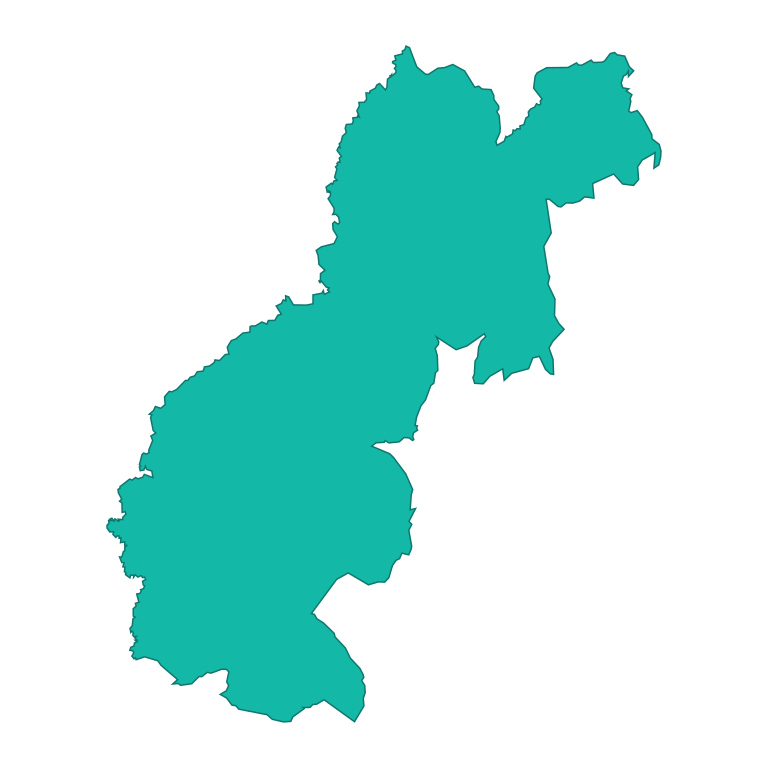 Birim North, Eastern, Ghana (Robinson projection)
{"feature_id": "2480657B81401264659986", "entity_name": "Birim North", "entity_type": "district", "adm_level": 2, "iso_a3": "GHA", "parent_name": "Ghana", "parent_adm1": "Eastern", "projection": "robinson", "projection_center": [-0.982, 6.368], "detail": "fine", "context": "isolated", "style": "filled", "palette": "teal", "viewbox_px": 768, "rotation_deg": 0, "n_neighbors": 0, "source": "geoboundaries", "source_scale": "gbopen_adm2", "svg_char_len": 6061}
<svg xmlns="http://www.w3.org/2000/svg" viewBox="0 0 768 768"><path d="M136.1,659.7L144.7,656.8L157.8,660.8L161.2,665.5L177.6,679.6L172.7,684.0L178.1,683.5L180.7,685.3L191.8,683.7L198.9,676.6L201.9,676.6L207.1,672.4L211.2,673.1L221.4,669.3L226.4,669.3L228.8,671.9L226.7,681.9L228.6,685.5L226.3,690.8L220.2,694.4L226.6,698.0L232.0,705.2L235.9,705.7L238.8,709.2L267.1,714.7L272.3,719.3L283.5,721.9L290.8,721.4L292.8,716.9L304.2,708.6L303.0,707.5L310.1,707.4L312.8,704.5L316.9,704.1L324.0,699.7L354.5,721.7L363.9,706.0L363.3,698.3L365.2,692.6L364.7,685.3L361.7,680.6L363.8,677.3L363.0,674.4L359.9,668.4L350.3,658.1L345.4,648.0L335.0,636.9L334.2,633.4L323.6,623.1L316.8,618.7L314.4,614.4L311.4,613.5L336.6,579.4L348.2,572.9L368.4,584.8L378.3,581.9L384.7,582.1L388.8,577.8L392.5,565.4L396.2,560.2L399.5,558.7L401.9,553.2L408.7,554.8L411.0,549.6L411.7,546.3L408.8,530.2L411.8,524.4L409.0,521.4L415.6,508.5L410.2,509.8L411.2,495.1L412.7,489.6L405.7,473.8L393.3,457.2L389.6,453.7L371.7,446.2L376.1,442.8L384.4,442.3L385.1,440.6L389.0,442.9L399.3,441.8L404.0,437.6L408.9,437.8L412.6,440.5L413.8,439.6L412.7,436.5L413.6,432.7L417.6,430.2L416.6,428.2L417.4,425.8L415.1,425.5L416.6,417.1L420.9,405.9L425.5,399.9L430.8,385.5L433.8,383.2L435.5,372.6L437.8,370.5L437.3,355.7L435.2,348.3L438.3,344.6L438.8,341.8L436.4,336.9L456.1,349.7L467.0,345.9L484.4,333.7L485.6,336.7L481.2,341.0L478.6,347.3L477.6,357.2L475.1,361.1L474.3,374.4L472.9,377.4L474.6,383.3L483.2,383.8L489.8,376.3L502.7,368.8L504.2,380.4L511.7,373.3L528.6,368.7L532.8,357.9L539.4,356.4L545.5,369.4L550.4,373.9L553.6,374.4L553.0,359.3L549.0,348.0L552.8,341.3L564.1,329.3L558.8,323.5L554.5,315.6L555.0,299.1L547.9,284.1L549.7,276.7L548.1,273.3L543.8,246.4L551.2,233.0L546.1,199.2L549.3,199.2L558.1,206.5L561.0,206.9L566.1,202.9L572.7,203.1L579.8,201.0L584.6,196.9L594.0,198.1L592.6,183.6L613.7,174.0L622.7,184.0L633.6,185.4L638.6,179.5L637.6,166.8L642.2,160.1L655.2,152.6L653.9,168.2L658.8,164.9L660.6,157.6L661.0,151.0L659.2,144.4L652.0,138.8L651.8,134.6L642.5,117.4L637.3,110.6L631.2,112.6L628.7,111.2L630.8,101.4L630.1,98.5L631.9,94.7L626.2,90.8L628.8,88.9L622.7,87.8L621.2,83.1L623.4,76.1L626.2,74.6L628.3,71.1L628.4,76.6L633.7,70.8L629.3,66.8L624.7,56.1L617.1,54.8L614.6,52.5L610.3,53.5L604.6,61.0L602.1,62.2L593.2,62.5L591.2,60.1L581.7,65.2L578.4,65.0L576.5,62.9L568.0,67.5L546.7,67.7L537.2,72.8L535.2,76.1L533.6,88.1L542.0,99.0L540.2,101.1L540.8,103.7L539.3,105.2L536.5,103.7L534.8,107.0L530.4,109.2L528.3,112.0L528.8,116.2L526.0,117.9L523.8,124.7L519.9,125.9L520.2,128.9L517.0,128.7L515.2,130.7L513.1,130.0L512.6,133.9L506.8,137.2L505.9,136.4L504.2,141.2L497.0,145.3L495.9,141.6L499.9,132.6L500.2,128.0L499.2,115.8L496.7,111.5L498.7,109.2L498.7,106.1L493.9,99.5L493.8,95.5L491.1,89.6L482.0,89.0L478.7,86.2L474.7,87.2L464.6,70.9L452.8,64.5L444.6,67.6L437.9,68.2L428.5,74.3L425.6,74.3L416.8,66.9L409.5,47.7L406.0,46.1L404.9,49.6L402.3,51.1L402.6,53.8L394.8,55.9L395.9,60.2L392.7,61.5L392.5,62.8L395.7,64.7L396.1,66.4L394.4,68.5L396.0,70.2L395.9,72.6L391.4,76.3L391.5,74.8L390.3,76.5L389.8,75.2L390.1,77.2L387.5,79.1L386.9,87.5L385.4,89.9L379.5,83.5L376.8,85.0L375.4,88.2L369.9,91.1L369.7,93.1L366.0,92.9L366.6,99.5L364.1,102.3L358.9,102.4L359.4,105.8L356.9,110.8L359.2,116.9L357.7,115.9L357.4,117.3L352.8,117.9L353.3,121.3L352.0,124.0L346.3,124.5L345.2,128.3L346.3,132.7L342.5,136.1L341.1,141.9L339.2,143.8L340.2,147.8L338.6,147.0L337.0,150.3L341.4,156.4L339.3,158.0L340.0,162.3L338.1,162.0L336.9,163.6L337.7,164.9L335.5,166.9L336.9,168.9L334.6,177.4L337.1,180.4L334.1,180.8L332.5,184.3L331.4,183.2L326.1,187.0L327.2,192.0L329.0,190.7L330.0,191.7L328.9,192.3L330.6,192.8L330.3,195.8L328.1,198.7L334.0,208.0L334.1,211.9L332.6,214.5L336.0,214.4L338.6,217.1L339.6,222.6L338.0,224.1L334.5,221.7L332.7,223.6L333.1,229.6L337.4,236.7L334.0,243.6L321.4,246.8L316.2,250.4L318.1,255.5L319.0,264.5L325.0,270.3L320.5,273.6L320.4,280.0L318.9,281.0L320.0,282.6L321.4,281.2L326.2,287.0L329.1,287.9L327.5,289.9L329.5,291.9L324.3,294.3L323.3,290.6L321.9,293.2L313.0,294.9L313.0,303.8L306.4,305.1L293.4,304.9L288.7,296.9L285.6,295.8L285.9,300.9L283.3,299.8L281.4,303.5L276.2,306.0L281.3,314.2L277.8,315.2L274.8,320.4L268.3,320.5L266.9,324.1L261.9,322.0L255.4,325.9L251.2,326.0L250.0,326.7L250.0,332.1L242.8,333.1L235.8,339.0L231.3,340.6L227.3,347.1L228.9,354.2L225.3,354.5L219.5,360.5L215.0,359.9L214.2,362.6L209.5,366.0L204.4,366.9L203.3,371.0L197.3,371.8L194.6,375.9L190.1,377.3L188.0,380.4L185.5,380.4L176.6,389.5L172.0,391.8L169.2,391.4L164.5,396.9L165.2,404.6L160.7,408.3L155.4,406.5L153.4,410.7L149.3,414.2L151.9,414.9L150.6,417.6L153.2,430.5L155.8,433.0L150.9,436.0L152.7,440.4L148.7,450.3L149.1,452.6L146.3,454.1L143.7,453.0L142.1,454.4L139.4,464.7L140.6,466.2L139.4,467.0L140.2,470.7L143.9,470.0L145.4,466.2L146.7,469.4L151.8,471.0L152.9,477.6L144.3,474.4L142.7,477.3L137.9,478.8L135.5,477.5L132.2,480.1L129.7,479.1L120.0,486.6L119.9,488.4L118.0,489.4L118.4,492.9L121.7,499.1L119.5,501.2L122.0,503.0L122.1,512.4L125.1,511.6L125.9,514.2L122.9,517.1L122.6,519.6L118.4,519.2L119.4,520.4L118.6,521.3L114.9,518.9L114.1,521.1L111.9,518.2L109.7,519.2L111.4,520.5L108.6,520.6L109.1,523.1L107.0,525.3L107.0,528.0L109.8,532.0L113.6,531.8L112.9,534.4L115.8,537.4L117.3,535.8L119.1,536.0L119.1,538.3L121.0,537.8L120.5,542.7L124.7,541.8L124.8,545.7L127.3,545.2L124.9,547.0L124.7,550.9L123.4,551.5L121.8,557.1L119.5,556.9L121.8,562.5L124.1,562.8L122.8,566.8L125.0,567.1L124.4,571.7L126.1,573.1L125.5,574.6L129.9,577.9L130.7,575.1L133.7,575.3L133.6,577.2L135.3,574.8L137.9,577.1L141.1,575.6L142.8,577.7L144.6,577.1L145.7,579.5L142.6,581.2L143.3,585.1L144.6,585.8L143.5,588.7L140.6,589.7L141.3,591.1L139.9,593.4L136.7,594.0L138.9,602.3L135.3,603.4L136.2,606.0L133.2,608.7L133.3,616.2L135.1,617.1L133.0,618.8L132.2,625.9L130.0,628.3L130.8,632.5L132.0,631.2L133.3,632.6L132.8,635.0L133.7,636.6L136.3,636.5L134.9,637.9L137.0,640.1L135.1,640.2L136.9,641.8L134.4,643.0L134.0,646.0L130.8,647.3L129.8,650.4L132.7,650.8L133.8,652.5L131.9,656.1L134.0,658.8L135.5,657.9L136.1,659.7Z" fill="#14b8a6" stroke="#0f766e" stroke-width="1.5"/></svg>